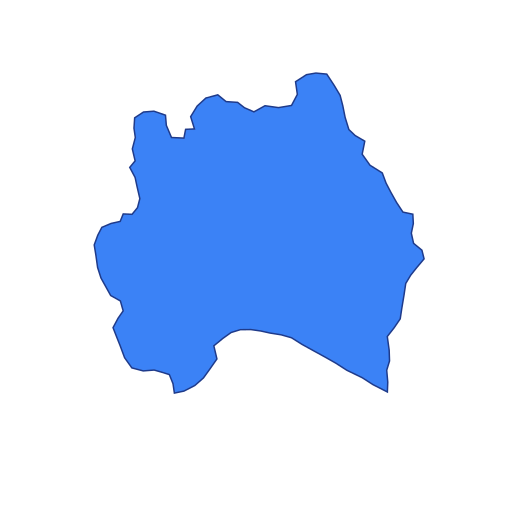 Santo Antônio do Rio Abaixo, Minas Gerais, Brazil (Mercator projection), rotated 157°
{"feature_id": "56859067B70415979137862", "entity_name": "Santo Antônio do Rio Abaixo", "entity_type": "district", "adm_level": 2, "iso_a3": "BRA", "parent_name": "Brazil", "parent_adm1": "Minas Gerais", "projection": "mercator", "projection_center": [-43.247, -19.236], "detail": "fine", "context": "isolated", "style": "filled", "palette": "blue", "viewbox_px": 512, "rotation_deg": 157, "n_neighbors": 0, "source": "geoboundaries", "source_scale": "gbopen_adm2", "svg_char_len": 1532}
<svg xmlns="http://www.w3.org/2000/svg" viewBox="0 0 512 512"><g transform="rotate(157 256 256)"><path d="M188.2,79.5L184.0,88.4L180.3,99.8L174.1,107.2L170.2,117.3L166.6,130.6L157.0,135.9L147.8,141.8L142.4,150.6L134.9,162.4L128.9,172.2L121.1,177.9L112.8,182.4L102.4,187.7L101.0,196.5L106.0,206.1L104.1,216.3L98.5,224.4L95.3,233.2L103.6,239.0L105.7,250.4L107.0,262.2L107.8,272.4L107.3,283.1L115.6,295.0L118.5,308.2L111.0,319.2L117.7,328.2L121.1,336.1L119.8,348.8L117.4,360.4L115.8,371.0L117.4,382.6L119.8,395.8L129.4,401.0L138.7,403.2L151.5,401.0L154.8,388.6L164.5,380.7L177.3,383.8L189.0,390.8L201.6,389.5L208.7,397.0L212.9,404.6L223.2,409.8L228.2,419.3L240.4,421.0L251.6,417.0L261.7,409.8L263.0,397.0L271.3,400.1L276.3,392.7L287.5,398.1L287.5,411.3L284.3,421.0L293.4,429.2L303.3,432.5L313.7,430.6L318.4,421.3L320.8,412.2L328.0,402.9L330.1,390.8L337.6,386.9L336.6,375.5L338.4,366.2L340.5,354.2L346.2,346.8L353.8,342.8L361.8,346.6L367.5,340.9L376.7,342.6L386.7,342.6L393.5,337.0L400.6,329.4L403.1,319.2L406.3,307.3L407.3,296.3L405.2,276.4L398.4,267.6L399.7,257.4L407.3,252.6L415.6,245.9L415.9,235.4L416.1,226.6L416.7,213.7L414.0,201.5L404.7,194.3L394.3,190.8L388.1,185.8L382.1,180.7L382.3,170.9L384.7,161.7L375.1,159.8L362.9,160.7L352.0,164.3L342.6,170.0L332.2,176.5L329.9,189.8L318.7,193.1L308.8,195.3L299.2,194.3L289.5,190.3L280.9,185.1L273.2,179.6L263.6,173.6L255.3,166.9L248.2,156.7L239.9,146.1L231.3,135.2L224.5,126.3L217.0,115.3L205.8,102.5L198.6,91.9L188.2,79.5Z" fill="#3b82f6" stroke="#1e3a8a" stroke-width="1.5"/></g></svg>